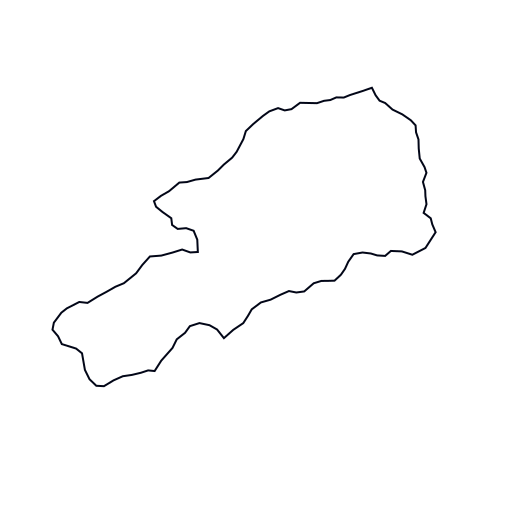 outline of Santana da Ponte Pensa, São Paulo, Brazil, rotated 227°
{"feature_id": "56859067B61515541575492", "entity_name": "Santana da Ponte Pensa", "entity_type": "district", "adm_level": 2, "iso_a3": "BRA", "parent_name": "Brazil", "parent_adm1": "São Paulo", "projection": "natural_earth1", "projection_center": [-50.796, -20.251], "detail": "fine", "context": "isolated", "style": "outline", "palette": "ink", "viewbox_px": 512, "rotation_deg": 227, "n_neighbors": 0, "source": "geoboundaries", "source_scale": "gbopen_adm2", "svg_char_len": 1647}
<svg xmlns="http://www.w3.org/2000/svg" viewBox="0 0 512 512"><g transform="rotate(227 256 256)"><path d="M340.9,56.9L332.3,56.5L324.0,53.9L311.0,61.3L303.5,62.4L289.4,53.2L279.4,50.2L270.0,50.7L264.5,56.0L262.2,67.0L258.9,76.6L253.7,84.1L249.1,92.2L245.9,99.1L241.0,103.4L244.1,115.4L245.7,132.2L249.1,141.2L248.2,151.7L249.8,159.8L245.5,168.9L237.1,174.8L228.8,177.4L217.8,176.5L217.5,189.0L215.6,200.9L217.7,209.3L219.9,216.5L218.7,227.9L214.1,236.9L211.0,247.4L207.9,256.2L201.8,260.6L197.2,267.1L196.7,279.6L193.2,286.8L188.9,291.5L184.4,296.6L184.4,305.4L185.9,312.3L188.9,319.6L190.8,328.7L185.9,336.3L179.5,341.7L173.8,345.0L168.0,350.5L167.7,358.1L159.9,365.8L150.3,371.2L146.3,385.4L150.9,403.6L158.9,406.5L164.4,409.5L173.2,408.0L177.6,416.0L184.2,420.7L188.7,424.6L196.3,428.6L200.6,437.4L206.1,439.9L215.6,442.2L223.6,448.3L230.4,454.3L237.3,457.4L242.7,461.8L249.7,461.8L259.8,459.6L270.0,455.7L279.8,454.8L285.3,452.3L292.0,453.1L300.0,455.5L304.1,446.2L309.6,434.6L312.0,428.3L317.2,422.9L319.4,416.7L323.1,411.6L326.2,404.8L338.0,392.7L339.2,382.1L342.9,376.3L349.1,373.0L352.7,364.4L353.7,356.6L354.4,344.0L354.3,333.8L350.1,326.5L345.4,312.9L344.2,305.7L344.8,294.8L344.5,286.4L345.4,274.5L353.1,263.9L357.2,255.9L362.0,250.0L362.7,236.6L364.8,227.6L365.7,218.8L360.2,216.5L352.1,217.6L341.4,219.8L335.9,215.8L329.2,217.2L324.0,223.9L317.0,227.6L308.0,224.2L298.6,216.2L303.4,210.4L311.1,206.4L315.4,197.4L320.9,187.0L328.0,178.1L327.0,166.8L325.1,156.5L326.2,140.8L329.4,132.2L331.7,122.4L334.3,112.5L336.6,100.8L342.9,95.4L346.7,82.0L347.3,75.0L345.1,62.7L340.9,56.9Z" fill="none" stroke="#020617" stroke-width="2"/></g></svg>